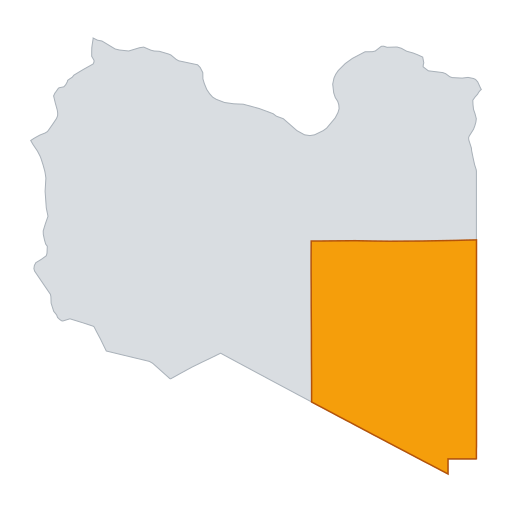 Al Kufrah on a map of Libya (Mercator projection)
{"feature_id": "LBY-2965", "entity_name": "Al Kufrah", "entity_type": "Municipality", "adm_level": 1, "iso_a3": "LBY", "parent_name": "Libya", "parent_adm1": "", "projection": "mercator", "projection_center": [22.731, 23.273], "detail": "fine", "context": "in_parent", "style": "filled", "palette": "amber", "viewbox_px": 512, "rotation_deg": 0, "n_neighbors": 0, "source": "natural_earth", "source_scale": "10m", "svg_char_len": 4504}
<svg xmlns="http://www.w3.org/2000/svg" viewBox="0 0 512 512"><path d="M36.7,136.8L40.0,135.0L44.9,133.1L47.4,131.6L48.4,130.3L52.0,125.2L53.9,122.4L56.5,118.5L57.6,115.8L57.7,113.3L57.3,110.2L55.3,103.0L53.6,95.9L54.9,93.1L55.9,91.8L58.2,88.5L59.0,87.8L63.9,86.8L65.8,84.6L67.3,81.8L67.7,80.3L69.8,78.8L72.3,77.2L73.8,75.2L78.9,72.1L83.6,69.3L89.0,66.3L93.1,64.0L94.0,62.0L94.0,60.3L91.7,56.3L91.7,51.6L91.8,47.7L92.1,45.4L93.1,38.9L93.1,38.0L97.5,40.2L101.9,41.0L115.2,49.0L119.4,50.0L128.7,51.0L139.6,47.7L143.7,47.1L150.9,50.2L154.1,51.0L159.4,51.3L168.5,54.0L170.9,55.0L176.2,59.4L178.7,60.8L197.6,64.8L200.2,67.5L202.8,72.6L202.9,78.9L204.3,83.5L206.7,89.4L209.5,93.6L212.6,97.1L216.2,99.3L224.5,102.5L233.8,103.8L243.2,104.2L259.4,108.6L273.1,113.7L276.4,116.2L283.3,118.7L296.9,130.6L304.5,134.8L309.9,135.6L314.6,134.8L323.1,130.7L326.6,128.2L335.2,117.9L338.0,112.5L339.1,108.7L338.8,104.8L337.7,101.3L335.3,97.6L333.7,92.8L332.7,84.1L334.0,78.0L335.7,74.3L338.2,70.6L345.3,63.5L352.4,58.4L365.0,51.8L372.3,51.7L375.3,51.0L381.3,46.3L383.7,46.2L387.1,47.3L397.0,47.0L401.4,48.3L406.6,51.2L413.1,53.0L417.7,54.8L422.7,57.1L423.8,62.9L423.3,64.6L423.1,66.8L428.3,70.8L442.8,72.6L445.7,73.7L449.7,76.7L452.2,77.6L462.2,78.1L468.0,77.4L473.5,78.5L475.6,79.5L477.7,81.9L480.3,87.6L481.3,89.5L480.2,90.4L478.6,92.4L477.6,94.2L475.0,97.1L472.8,100.2L473.0,104.7L473.5,109.3L475.0,113.7L476.3,118.7L475.9,122.0L474.8,125.9L473.5,129.3L469.2,136.1L468.6,137.7L468.8,140.0L471.4,148.1L471.6,150.6L473.2,158.4L474.6,164.7L476.2,169.7L476.4,171.1L476.4,178.4L476.4,185.7L476.4,193.0L476.4,200.2L476.4,207.5L476.4,214.7L476.4,221.9L476.4,229.1L476.4,236.3L476.4,243.5L476.4,250.6L476.4,257.8L476.4,264.9L476.4,272.0L476.4,279.1L476.4,286.2L476.4,293.3L476.4,300.3L476.4,307.4L476.4,314.4L476.4,321.5L476.4,328.5L476.4,335.5L476.4,342.4L476.4,349.4L476.4,356.4L476.4,363.3L476.4,370.3L476.4,377.2L476.4,384.1L476.4,391.0L476.4,397.9L476.4,413.2L476.4,428.4L476.4,443.5L476.4,458.7L476.2,458.8L469.0,458.9L462.0,458.9L455.0,458.9L448.0,458.9L448.0,462.6L448.0,466.4L448.0,470.2L448.0,473.9L434.4,466.8L420.7,459.6L407.1,452.5L393.5,445.3L379.9,438.1L366.2,430.9L352.6,423.7L339.0,416.5L325.4,409.3L311.7,402.0L298.1,394.8L284.5,387.5L270.8,380.2L257.2,372.9L243.6,365.6L230.0,358.3L220.6,353.2L210.4,358.2L202.4,362.0L192.0,367.1L179.9,373.7L170.7,378.8L170.2,378.7L169.8,378.6L160.2,370.0L152.7,363.3L149.4,361.4L135.2,358.0L121.1,354.6L106.3,351.0L103.6,345.5L100.6,339.3L96.5,331.6L94.1,326.9L93.2,326.2L81.9,322.5L69.9,318.8L62.8,321.0L61.6,320.8L59.6,319.4L57.6,317.5L56.6,314.9L53.7,311.3L51.1,303.1L50.9,296.6L50.4,294.3L44.1,285.1L38.4,276.7L34.6,271.1L33.9,268.6L34.4,265.4L35.9,262.6L41.4,259.3L46.3,255.7L47.0,253.2L47.3,246.3L45.7,244.1L44.5,240.0L43.3,234.4L43.2,230.9L45.4,223.7L48.0,216.3L46.3,208.0L45.1,191.3L45.9,178.1L45.2,173.3L44.8,171.2L43.1,165.0L41.0,158.5L40.1,156.2L37.4,151.0L33.0,144.5L30.7,140.5L33.9,138.4L36.7,136.8Z" fill="#d9dde1" stroke="#a8b0b8" stroke-width="1"/><path d="M448.0,474.0L444.5,472.1L441.0,470.3L437.5,468.4L434.0,466.6L430.5,464.7L426.9,462.9L423.4,461.1L419.9,459.2L416.4,457.4L412.9,455.5L409.4,453.7L405.9,451.8L402.4,450.0L398.8,448.1L395.3,446.3L391.8,444.4L388.3,442.6L384.8,440.7L381.3,438.9L377.8,437.0L374.2,435.2L370.7,433.3L367.2,431.4L363.7,429.6L360.2,427.7L356.7,425.9L353.2,424.0L349.7,422.1L346.1,420.3L342.6,418.4L339.1,416.6L335.6,414.7L332.1,412.8L328.6,411.0L325.1,409.1L321.5,407.2L318.0,405.4L314.5,403.5L311.6,402.0L311.6,399.6L311.6,399.2L311.6,398.9L311.6,398.6L311.6,398.3L311.6,397.9L311.6,397.6L311.6,397.3L311.6,397.0L311.6,381.7L311.5,366.4L311.4,351.0L311.4,335.5L311.3,320.0L311.2,304.4L311.2,288.8L311.1,273.1L311.1,257.1L311.2,241.0L320.8,241.0L330.5,240.9L342.9,240.8L355.3,240.7L372.4,241.0L389.5,241.2L406.1,241.1L422.7,241.0L439.4,240.7L456.0,240.4L466.5,240.1L476.5,239.9L476.5,245.9L476.5,252.1L476.5,261.4L476.5,270.7L476.5,279.9L476.5,289.1L476.5,298.3L476.5,307.4L476.5,316.6L476.5,325.7L476.5,334.8L476.5,343.9L476.5,352.9L476.5,362.0L476.5,371.0L476.5,380.0L476.5,389.0L476.5,397.9L476.5,401.8L476.5,405.6L476.5,409.4L476.5,413.2L476.5,417.0L476.5,420.8L476.5,424.6L476.5,428.4L476.5,432.2L476.5,436.0L476.5,439.8L476.5,443.6L476.5,446.4L476.4,449.3L476.4,452.2L476.4,455.1L476.4,458.5L476.4,458.8L476.2,458.9L473.2,458.9L469.1,458.9L465.6,458.9L462.1,458.9L458.3,458.9L455.0,458.9L452.6,458.9L448.0,458.9L448.0,462.6L448.0,466.4L448.0,470.2L448.0,474.0Z" fill="#f59e0b" stroke="#b45309" stroke-width="1.5"/></svg>